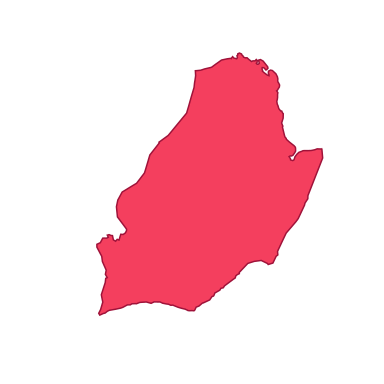 Upper Niumi, North Bank, Gambia (Natural Earth projection), rotated 335°
{"feature_id": "56634734B28238259284132", "entity_name": "Upper Niumi", "entity_type": "district", "adm_level": 2, "iso_a3": "GMB", "parent_name": "Gambia", "parent_adm1": "North Bank", "projection": "natural_earth1", "projection_center": [-16.326, 13.431], "detail": "fine", "context": "isolated", "style": "filled", "palette": "rose", "viewbox_px": 384, "rotation_deg": 335, "n_neighbors": 0, "source": "geoboundaries", "source_scale": "gbopen_adm2", "svg_char_len": 3604}
<svg xmlns="http://www.w3.org/2000/svg" viewBox="0 0 384 384"><g transform="rotate(335 192 192)"><path d="M246.3,83.5L244.5,88.0L243.7,89.3L241.6,92.5L241.0,93.3L240.1,94.7L238.0,98.2L237.9,98.3L231.7,105.3L224.9,113.2L221.7,116.8L220.5,118.2L207.5,124.4L207.3,124.5L194.3,130.7L183.1,132.9L183.1,133.7L169.5,140.6L166.1,144.4L165.8,144.8L164.1,146.7L163.3,147.6L158.5,153.0L156.9,154.7L145.4,160.7L143.2,160.9L141.2,161.1L128.9,162.5L128.6,162.6L122.8,166.9L121.4,167.9L117.3,173.4L113.9,183.1L116.1,193.6L117.0,198.0L116.2,199.5L115.5,200.0L114.4,200.9L111.7,201.4L109.6,200.2L105.8,204.4L105.5,204.7L104.2,203.3L102.0,204.3L100.5,202.2L101.5,197.9L100.3,197.2L98.8,195.6L97.0,195.3L97.0,197.7L94.9,197.7L93.3,196.8L91.6,196.1L87.5,199.2L83.7,199.2L82.5,201.8L83.0,212.2L81.4,217.2L81.4,217.8L81.2,226.6L78.7,230.0L79.0,233.8L77.3,233.8L75.1,237.4L70.2,242.7L66.4,246.8L65.2,251.6L64.6,254.1L59.5,259.9L56.2,262.5L56.4,264.6L60.1,264.6L62.2,265.0L64.9,264.3L67.1,264.3L73.1,265.9L78.3,267.1L80.6,267.3L85.7,267.0L88.4,268.2L90.3,267.9L91.9,268.6L93.2,269.1L94.4,269.8L98.0,270.0L101.7,271.4L101.8,271.5L104.0,272.3L107.9,275.6L111.2,275.6L116.6,278.2L117.6,279.4L118.3,280.3L121.4,282.6L123.3,283.8L124.9,285.7L126.8,286.4L128.7,288.5L129.3,289.1L130.7,290.6L133.4,293.0L136.3,295.3L137.9,297.2L138.2,297.7L139.7,298.6L141.9,299.5L143.6,300.5L144.6,300.2L147.1,298.1L150.2,298.3L154.3,297.1L155.6,297.2L155.6,297.3L162.4,297.3L166.0,295.2L166.3,295.2L167.5,295.4L168.4,294.8L170.0,293.2L175.8,292.7L177.5,291.5L177.9,291.6L179.3,291.9L179.9,292.0L181.8,290.8L192.7,288.5L194.8,288.2L196.3,286.5L197.7,286.1L198.6,286.0L200.4,286.0L200.8,284.9L204.8,283.3L210.1,281.2L212.4,280.3L214.0,280.5L219.2,281.2L225.8,283.3L230.2,288.7L230.4,289.9L235.3,290.6L241.1,285.8L243.2,285.3L244.4,282.0L251.9,275.7L259.9,269.1L260.7,268.7L273.5,262.9L277.0,261.0L288.5,251.4L289.5,250.0L291.0,249.0L294.1,247.1L295.5,244.3L324.8,216.4L327.8,208.1L327.8,207.8L327.4,207.9L326.7,207.3L325.4,206.7L323.7,205.8L321.1,205.6L318.9,205.1L317.4,204.7L314.3,203.4L311.6,202.1L310.1,201.5L308.6,201.5L305.7,201.2L303.0,202.1L300.2,203.6L298.1,205.9L297.2,206.1L296.6,206.1L295.1,204.8L294.9,204.6L295.3,203.3L295.0,201.4L294.9,201.0L296.1,200.8L297.4,201.4L297.7,201.4L299.0,201.4L301.9,199.7L303.2,198.7L304.3,196.2L304.6,195.1L304.0,193.0L303.3,191.7L301.8,188.7L301.3,187.7L299.8,184.1L300.0,183.2L299.5,181.3L299.8,179.4L301.4,171.4L302.2,170.7L302.2,169.7L302.4,167.3L302.9,166.8L305.8,163.6L306.5,162.2L307.8,159.6L307.5,158.8L307.5,156.5L306.6,156.0L305.9,153.1L306.4,150.1L306.4,148.4L307.2,145.6L308.4,144.2L309.5,142.5L310.8,139.7L311.8,138.3L311.5,136.1L312.0,136.1L315.3,133.9L315.5,133.8L316.6,132.1L316.6,130.0L316.4,128.7L316.5,128.4L316.6,127.5L317.6,125.8L318.1,123.7L318.0,120.3L316.2,115.9L314.7,114.7L314.2,114.7L312.4,114.8L311.4,116.5L311.4,118.0L310.9,119.1L309.8,118.0L309.1,116.8L307.8,114.4L306.9,112.3L307.3,111.9L307.4,110.2L308.2,108.9L309.6,109.7L310.6,112.7L311.9,112.5L313.2,111.9L313.5,110.4L311.8,103.4L310.8,102.0L310.0,100.9L307.9,100.6L307.9,101.1L307.4,103.8L306.2,104.2L305.1,103.8L304.7,102.5L305.7,102.1L306.5,100.8L306.2,99.1L304.5,99.8L302.7,98.9L301.1,98.9L299.9,96.6L299.7,96.2L298.6,93.6L296.9,92.9L296.3,92.1L296.0,91.9L295.7,91.6L295.7,90.2L295.2,89.1L295.2,87.8L293.7,86.1L291.9,86.1L291.3,87.2L290.4,87.4L289.9,89.5L288.8,90.1L286.6,88.4L286.0,86.5L284.1,87.5L284.1,87.4L280.3,86.2L275.1,85.0L274.4,84.9L268.7,86.0L268.4,86.0L263.0,87.1L262.3,87.2L260.8,86.9L255.5,85.8L254.7,85.7L251.3,85.3L247.3,83.9L246.3,83.5Z" fill="#f43f5e" stroke="#9f1239" stroke-width="1.5"/></g></svg>